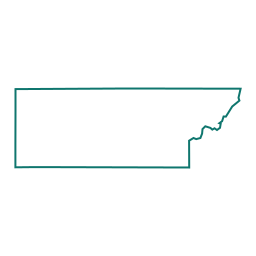 Custer, South Dakota, United States of America (Natural Earth projection)
{"feature_id": "52423323B69018347025322", "entity_name": "Custer", "entity_type": "district", "adm_level": 2, "iso_a3": "USA", "parent_name": "United States of America", "parent_adm1": "South Dakota", "projection": "natural_earth1", "projection_center": [-103.295, 43.667], "detail": "fine", "context": "isolated", "style": "outline", "palette": "teal", "viewbox_px": 256, "rotation_deg": 0, "n_neighbors": 0, "source": "geoboundaries", "source_scale": "gbopen_adm2", "svg_char_len": 519}
<svg xmlns="http://www.w3.org/2000/svg" viewBox="0 0 256 256"><path d="M15.5,89.1L15.5,108.2L15.5,110.6L15.5,111.3L15.4,145.3L15.4,146.2L15.4,150.5L15.4,162.0L15.4,167.3L35.4,167.1L189.2,167.5L189.1,140.7L193.5,138.0L196.2,139.1L200.4,138.0L202.1,133.6L202.5,129.1L205.3,126.3L210.4,127.9L212.3,129.6L214.5,128.3L217.0,130.0L220.0,127.8L220.7,123.7L219.4,123.2L222.1,121.2L223.6,116.5L225.9,116.6L232.2,106.5L239.4,100.6L238.5,97.8L240.6,88.7L127.4,88.5L15.5,89.1Z" fill="none" stroke="#0f766e" stroke-width="2"/></svg>